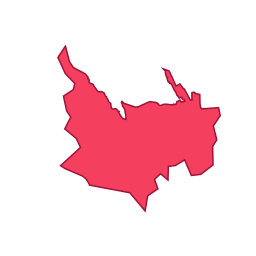 Zangiata, Tashkent, Uzbekistan, rotated 294°
{"feature_id": "79887680B90536772878840", "entity_name": "Zangiata", "entity_type": "district", "adm_level": 2, "iso_a3": "UZB", "parent_name": "Uzbekistan", "parent_adm1": "Tashkent", "projection": "robinson", "projection_center": [69.123, 41.226], "detail": "fine", "context": "isolated", "style": "filled", "palette": "rose", "viewbox_px": 256, "rotation_deg": 294, "n_neighbors": 0, "source": "geoboundaries", "source_scale": "gbopen_adm2", "svg_char_len": 1930}
<svg xmlns="http://www.w3.org/2000/svg" viewBox="0 0 256 256"><g transform="rotate(294 128 128)"><path d="M168.3,159.9L167.6,159.9L166.5,157.1L165.2,153.0L164.1,150.8L162.4,149.4L161.7,148.2L161.6,147.2L162.6,145.0L162.9,144.1L161.0,137.2L159.1,135.4L151.6,128.8L151.1,128.0L150.1,126.5L148.9,114.0L149.9,111.7L148.9,111.4L147.4,113.1L145.8,114.1L143.9,117.3L137.3,121.6L134.9,122.5L134.6,119.1L136.6,115.7L138.7,113.0L139.6,113.2L139.4,111.9L140.5,110.1L140.7,108.9L139.2,106.5L139.1,105.7L140.2,104.1L142.7,102.7L143.4,102.3L144.0,99.8L146.2,97.6L146.9,96.1L147.9,95.6L148.0,94.3L150.3,92.0L150.5,88.7L149.4,87.0L149.2,85.5L152.9,79.1L153.6,78.7L153.7,76.7L153.4,75.4L154.2,73.8L156.1,73.0L156.8,72.2L156.6,71.2L158.2,70.9L160.1,66.7L160.8,56.1L161.1,53.3L164.7,47.6L177.3,37.6L176.8,37.4L163.9,35.3L152.3,48.5L147.0,61.3L140.7,62.4L130.9,56.1L118.8,64.9L114.6,71.3L101.4,70.6L97.5,84.9L90.9,92.5L66.1,81.7L65.8,84.0L65.3,87.4L65.6,106.1L64.4,110.4L61.2,115.2L60.1,116.0L69.6,156.0L59.2,177.3L74.1,173.6L84.6,180.0L91.9,173.1L99.5,176.4L96.7,185.7L109.4,180.5L112.9,186.5L121.9,192.7L110.4,205.2L115.3,213.4L128.9,220.7L145.6,212.8L153.3,213.9L164.6,205.1L176.9,207.2L183.4,202.4L175.5,187.7L176.2,186.1L177.4,185.2L179.3,184.0L183.3,182.1L187.9,179.9L187.0,176.4L186.9,175.2L187.5,174.8L187.5,173.5L186.4,172.1L185.8,172.1L180.0,174.9L179.7,175.0L178.9,173.2L179.6,172.6L186.5,163.7L186.4,162.7L189.4,157.5L185.9,154.8L196.0,143.5L196.8,142.0L196.4,136.0L195.8,137.2L195.4,138.9L193.9,139.5L193.0,140.1L191.9,141.0L190.8,142.0L190.2,142.6L190.1,143.7L188.9,143.7L187.5,145.0L186.4,146.0L186.4,146.5L186.9,147.0L186.6,148.0L185.7,148.1L185.9,149.5L185.1,150.7L184.0,151.8L181.5,154.9L179.8,157.5L178.0,159.1L177.0,161.4L176.1,162.6L177.6,163.9L177.9,164.8L177.0,165.3L176.3,166.4L176.8,167.7L175.8,169.1L173.3,166.2L174.7,164.2L172.1,162.0L168.9,162.1L168.3,159.9Z" fill="#f43f5e" stroke="#9f1239" stroke-width="1.5"/></g></svg>